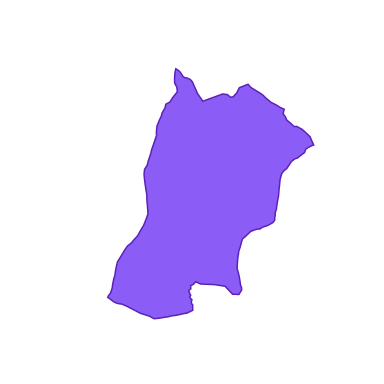 the district of Lau, Taraba, Nigeria, rotated 326°
{"feature_id": "59680162B35636298384814", "entity_name": "Lau", "entity_type": "district", "adm_level": 2, "iso_a3": "NGA", "parent_name": "Nigeria", "parent_adm1": "Taraba", "projection": "equal_earth", "projection_center": [11.399, 9.198], "detail": "fine", "context": "isolated", "style": "filled", "palette": "violet", "viewbox_px": 384, "rotation_deg": 326, "n_neighbors": 0, "source": "geoboundaries", "source_scale": "gbopen_adm2", "svg_char_len": 2446}
<svg xmlns="http://www.w3.org/2000/svg" viewBox="0 0 384 384"><g transform="rotate(326 192 192)"><path d="M173.6,303.2L175.6,302.2L178.3,301.1L179.6,299.1L180.2,296.3L182.1,292.4L183.4,289.6L185.3,284.8L186.5,281.0L187.8,279.0L192.4,273.1L195.1,270.2L197.7,267.2L200.9,264.8L205.1,261.1L207.7,259.1L210.5,258.9L218.7,257.5L224.9,259.0L227.7,260.7L230.5,260.5L231.5,260.8L236.0,262.1L242.2,262.6L244.9,261.5L246.2,259.6L248.2,257.6L249.5,255.6L252.2,253.6L254.0,251.5L257.5,247.7L261.5,243.7L265.4,238.8L268.0,235.8L272.0,230.9L276.7,226.9L280.7,225.7L283.5,225.6L291.6,222.3L293.0,222.2L295.7,222.0L296.3,222.2L298.5,222.8L302.6,222.5L307.4,222.2L310.1,220.2L312.8,220.0L317.7,220.7L319.1,221.2L319.6,218.7L320.2,214.9L320.8,212.1L319.2,205.1L318.3,201.5L315.5,196.2L313.2,194.8L312.5,191.3L310.8,185.2L311.5,181.5L311.3,178.0L314.7,175.0L312.4,171.2L310.5,166.9L309.9,165.8L307.7,162.0L305.9,155.8L305.0,151.4L304.0,148.7L302.2,144.7L301.1,142.3L299.9,139.7L299.2,138.0L298.7,134.0L295.5,133.3L289.6,132.0L284.2,135.0L279.2,136.1L276.9,134.9L275.9,131.1L272.3,127.9L260.6,125.0L251.8,122.8L251.6,113.7L253.9,100.9L253.5,97.8L251.6,94.6L250.0,93.3L249.1,91.0L249.3,87.9L249.1,85.0L248.4,82.7L247.5,80.8L246.1,82.1L244.1,84.1L240.6,88.7L238.5,92.1L238.0,96.7L235.8,100.8L229.4,102.7L224.0,105.0L219.3,104.6L216.8,107.1L214.0,108.5L211.3,109.8L209.0,111.9L205.6,113.9L200.0,117.6L198.6,119.2L196.7,121.5L195.6,123.0L194.1,125.4L191.4,127.4L184.7,132.5L182.0,134.5L180.0,136.5L176.0,139.6L173.3,141.6L170.0,144.6L165.3,146.7L162.0,150.7L161.6,151.5L159.4,155.5L155.6,163.2L153.0,169.0L150.4,172.9L147.2,178.7L143.3,185.5L139.3,188.5L133.3,192.6L131.1,193.6L126.5,195.8L122.5,197.9L117.0,199.2L112.9,200.4L108.8,200.6L105.4,201.8L103.3,202.7L100.7,203.9L91.2,208.2L87.9,211.2L83.9,215.2L81.3,218.2L78.6,220.2L74.6,224.2L72.0,227.1L68.0,230.2L64.6,231.3L63.2,232.3L64.0,234.2L65.5,238.8L67.0,241.5L68.4,243.2L71.3,245.9L74.2,250.4L75.6,253.1L78.6,258.5L80.0,261.2L81.5,263.9L83.7,266.6L85.1,268.4L87.3,271.1L89.5,275.6L89.7,275.8L92.3,277.3L95.8,279.0L99.3,280.6L102.8,282.3L105.5,283.1L110.4,285.6L114.6,287.2L116.7,288.0L118.0,288.6L120.2,289.6L126.5,290.5L129.5,285.8L129.2,284.6L130.1,282.5L131.7,281.4L131.3,279.5L131.4,277.8L133.1,277.0L133.5,274.5L134.2,271.8L136.9,271.6L138.4,269.0L141.7,269.3L144.9,268.5L147.8,273.2L158.9,281.4L166.7,288.6L168.5,299.5L171.2,301.4L173.6,303.2Z" fill="#8b5cf6" stroke="#5b21b6" stroke-width="1.5"/></g></svg>